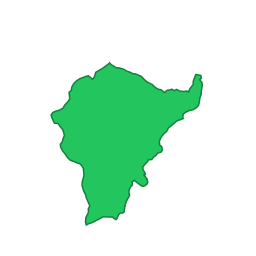 outline of Alethriko, Larnaca, Cyprus, rotated 235°
{"feature_id": "46923920B84228203129676", "entity_name": "Alethriko", "entity_type": "district", "adm_level": 2, "iso_a3": "CYP", "parent_name": "Cyprus", "parent_adm1": "Larnaca", "projection": "natural_earth1", "projection_center": [33.491, 34.86], "detail": "fine", "context": "isolated", "style": "filled", "palette": "green", "viewbox_px": 256, "rotation_deg": 235, "n_neighbors": 0, "source": "geoboundaries", "source_scale": "gbopen_adm2", "svg_char_len": 2167}
<svg xmlns="http://www.w3.org/2000/svg" viewBox="0 0 256 256"><g transform="rotate(235 128 128)"><path d="M59.9,65.6L60.1,67.0L62.3,70.4L62.8,72.8L61.4,74.8L61.5,76.7L64.4,79.3L68.5,83.9L70.0,86.9L72.0,90.7L74.7,91.8L76.3,93.0L78.1,95.9L78.8,99.0L81.4,100.3L81.5,103.3L79.0,103.8L72.9,105.8L71.8,106.6L71.0,108.8L71.3,111.9L72.5,113.2L75.3,114.3L77.1,114.3L80.5,114.2L80.0,115.5L81.7,116.2L85.1,116.4L87.4,117.6L88.3,119.9L89.4,125.2L90.3,126.3L88.6,129.3L89.5,132.6L89.5,134.9L90.4,138.0L89.3,141.1L90.3,143.7L93.6,144.9L95.8,144.2L98.7,145.8L100.5,148.0L101.9,151.2L102.8,154.4L103.0,157.6L104.9,161.2L105.0,163.7L105.2,166.3L105.7,170.8L105.6,172.7L104.6,176.5L104.1,178.6L104.6,178.5L107.8,181.2L107.8,184.7L107.0,188.7L105.7,191.6L105.4,195.2L105.7,197.0L106.2,198.8L108.2,201.2L111.0,203.7L113.7,207.4L116.1,209.1L118.2,211.2L120.7,213.5L122.9,214.7L126.3,214.4L126.7,216.6L129.3,217.8L131.5,215.7L132.9,214.2L130.4,210.4L128.8,208.2L126.2,206.2L124.8,201.5L122.8,198.0L124.7,197.3L125.8,194.8L128.6,191.6L131.8,189.9L132.0,187.3L134.7,186.1L135.0,184.5L136.5,181.4L136.1,178.2L140.6,176.9L141.7,175.5L143.9,174.3L146.0,173.5L149.7,172.8L153.0,171.0L154.9,170.0L158.9,169.0L162.4,168.6L165.2,167.0L168.1,165.1L169.7,163.1L172.2,161.9L175.1,159.7L177.8,158.6L179.9,157.2L182.6,154.9L184.1,152.9L187.3,151.6L189.4,150.6L191.7,150.3L191.9,150.3L191.7,149.7L191.5,144.4L191.5,140.8L191.8,137.1L192.1,133.5L189.2,129.8L188.1,127.0L193.6,125.5L194.7,122.0L196.1,116.5L196.1,112.5L195.5,109.1L193.8,105.5L191.3,103.1L191.1,100.2L185.4,97.1L184.0,93.8L183.1,89.3L181.5,86.1L182.0,81.8L183.2,78.8L183.8,75.3L182.8,72.5L179.9,71.5L178.3,71.2L174.1,70.5L171.6,73.4L168.1,73.2L164.8,73.6L161.4,72.8L158.4,71.6L156.3,68.4L154.2,65.9L153.6,63.3L150.8,61.8L146.6,61.3L143.2,61.6L138.6,61.5L134.7,62.2L132.2,64.1L128.8,66.1L126.4,68.0L123.7,68.5L120.4,68.2L117.3,66.4L114.3,64.6L112.2,62.1L109.8,59.3L107.2,57.3L101.3,55.4L97.4,55.0L95.2,53.9L90.7,53.0L86.0,52.0L84.6,49.1L82.0,47.6L80.5,45.4L78.9,42.2L75.2,39.2L72.5,38.2L72.2,40.7L70.9,45.0L70.5,48.7L70.0,51.9L69.5,56.8L66.9,60.1L63.9,64.3L62.4,64.5L59.9,65.6Z" fill="#22c55e" stroke="#15803d" stroke-width="1.5"/></g></svg>